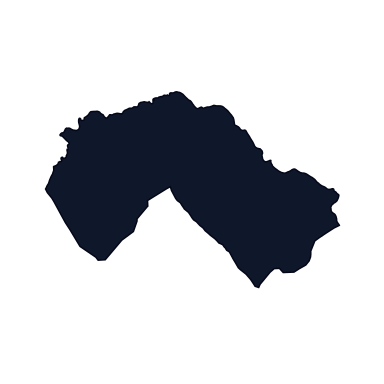 the district of Vermaul, Shefa, Vanuatu, rotated 149°
{"feature_id": "77236927B21234024058134", "entity_name": "Vermaul", "entity_type": "district", "adm_level": 2, "iso_a3": "VUT", "parent_name": "Vanuatu", "parent_adm1": "Shefa", "projection": "orthographic", "projection_center": [168.197, -16.741], "detail": "fine", "context": "isolated", "style": "filled", "palette": "ink", "viewbox_px": 384, "rotation_deg": 149, "n_neighbors": 0, "source": "geoboundaries", "source_scale": "gbopen_adm2", "svg_char_len": 6012}
<svg xmlns="http://www.w3.org/2000/svg" viewBox="0 0 384 384"><g transform="rotate(149 192 192)"><path d="M307.6,181.9L301.3,178.6L276.9,186.9L262.6,188.3L254.2,195.3L252.9,197.3L237.5,202.6L237.2,202.6L234.5,207.6L211.9,207.9L207.8,207.7L208.8,203.9L209.3,194.9L209.0,192.2L207.5,188.7L207.5,185.7L207.3,182.7L207.3,181.4L205.5,176.3L205.3,172.3L205.3,170.2L205.0,167.3L203.5,164.2L202.5,159.3L201.7,157.3L201.0,155.3L200.7,152.1L199.3,148.1L198.5,145.3L196.5,140.3L195.8,137.6L195.2,134.3L194.0,132.8L192.8,130.9L192.8,130.3L192.7,128.4L192.3,127.1L192.3,124.2L190.8,121.4L191.2,113.1L191.2,108.5L191.3,103.2L190.5,100.4L188.0,93.8L186.8,87.0L186.5,80.8L186.5,78.7L184.0,75.8L181.2,77.8L166.5,83.0L161.0,84.0L156.4,81.5L155.3,76.0L145.8,70.8L139.6,71.0L132.1,70.8L127.1,72.6L123.9,75.2L122.2,77.5L120.6,80.2L111.9,86.8L106.4,87.3L98.5,87.7L88.7,88.0L82.9,87.5L82.8,88.2L83.0,89.8L83.0,91.0L83.0,92.3L82.6,93.2L81.9,94.4L81.2,96.7L81.0,98.3L81.2,99.8L81.6,100.4L81.9,101.2L82.3,102.3L82.5,103.1L82.5,103.9L82.1,104.9L81.5,106.0L81.2,107.1L80.5,107.8L78.9,108.8L77.7,109.2L77.0,109.1L76.5,109.6L76.0,109.6L75.5,109.3L73.6,109.5L72.3,109.8L70.3,111.1L68.9,112.3L67.9,113.4L67.7,114.3L68.2,115.2L68.6,116.4L68.6,117.4L68.9,118.2L69.4,119.2L69.7,120.2L69.3,120.8L69.1,121.4L69.4,122.1L70.1,122.6L71.1,122.8L72.6,123.3L74.0,124.2L74.8,125.4L75.1,126.6L75.7,127.9L76.4,128.9L77.5,130.4L78.3,132.0L78.9,133.6L79.0,134.5L79.5,135.2L79.7,135.9L79.9,136.9L80.3,139.5L80.9,141.0L81.5,142.5L82.3,143.8L83.1,145.3L84.0,147.3L85.0,149.1L86.4,150.6L87.3,151.1L88.1,151.8L89.2,152.9L89.8,154.1L90.5,155.4L91.1,156.9L91.7,158.2L92.2,158.8L92.8,159.2L94.0,159.5L94.8,159.6L95.6,159.5L96.5,159.4L98.6,159.6L99.8,159.9L101.6,160.0L103.0,160.5L103.8,161.2L105.4,162.8L107.1,165.6L107.6,167.1L108.1,168.2L108.8,169.9L109.3,171.6L109.6,172.8L109.3,174.0L109.4,174.6L109.2,176.5L108.7,177.7L108.2,178.4L108.5,178.8L109.3,179.0L110.5,179.1L111.8,179.4L113.0,179.7L113.9,180.5L114.4,181.7L114.5,183.3L114.3,184.4L113.9,185.3L113.5,186.6L113.0,187.7L112.3,188.3L111.6,188.8L111.1,189.9L110.8,191.1L111.1,192.7L111.5,194.1L112.1,194.4L112.6,195.0L113.8,196.2L114.5,197.7L114.7,199.2L114.5,200.4L114.3,202.2L114.2,203.7L114.3,208.0L114.2,210.1L114.4,213.7L114.3,215.6L114.3,217.1L114.9,217.9L115.9,218.3L116.8,218.6L117.8,219.6L118.3,220.9L118.3,222.3L118.7,223.9L119.2,224.8L119.7,225.7L120.6,226.9L120.8,227.9L120.2,229.3L119.8,230.3L119.5,231.0L118.9,232.5L118.4,234.4L118.5,235.5L118.6,237.6L119.0,239.6L119.2,241.0L119.5,243.1L120.1,245.0L120.8,246.8L121.3,248.5L122.0,249.8L123.0,250.9L124.8,252.1L126.4,253.0L127.2,253.7L127.7,254.2L128.6,255.0L129.6,255.2L131.1,255.4L133.6,256.0L134.4,256.6L135.0,256.9L135.9,257.2L137.2,257.5L137.5,257.6L138.3,257.6L139.2,258.0L139.6,258.7L140.1,259.8L140.7,260.1L141.6,260.2L142.5,260.3L143.4,260.3L144.1,260.5L144.9,261.0L145.3,262.1L145.6,263.3L145.9,264.6L145.9,265.7L146.1,266.9L146.1,268.6L146.2,269.9L146.5,271.1L147.0,271.9L147.2,272.0L147.7,273.2L148.0,274.4L148.6,276.4L149.1,278.6L149.4,280.2L150.1,281.7L150.7,282.8L151.3,283.7L152.4,284.6L153.4,285.7L154.2,286.1L155.0,286.4L155.9,286.4L157.2,286.6L158.3,287.4L159.3,288.0L159.8,288.1L160.5,287.9L161.0,286.8L161.9,286.4L162.6,287.2L163.0,287.8L163.9,287.9L164.1,287.8L165.1,288.6L165.8,289.2L166.8,289.4L167.9,289.1L168.6,289.0L168.8,289.4L169.4,289.8L169.9,289.9L171.5,290.4L171.9,290.3L172.7,290.1L173.9,290.9L175.1,291.5L176.0,291.6L176.9,291.7L177.3,291.6L177.2,290.8L177.3,290.2L178.0,290.2L178.3,290.6L178.8,289.6L179.4,288.6L180.1,288.1L180.8,288.2L181.5,288.9L182.0,289.9L182.1,290.9L182.3,291.5L182.9,291.3L183.4,291.4L184.4,292.1L185.5,293.0L186.4,293.9L187.7,294.4L189.0,294.8L189.8,295.2L191.0,295.2L191.8,295.2L192.4,294.7L193.2,294.0L194.0,293.4L194.8,293.1L195.6,293.4L197.2,294.5L198.1,294.9L198.9,294.8L200.0,294.7L200.6,294.9L201.4,295.4L202.1,295.8L202.7,296.1L204.3,296.2L205.7,296.3L207.5,296.6L209.2,296.3L209.9,296.0L210.2,295.8L210.6,295.2L211.3,295.0L211.9,295.4L212.4,295.2L212.7,295.6L214.5,297.2L215.0,297.5L215.4,297.9L216.3,298.3L217.0,298.5L218.2,298.8L218.8,299.1L219.5,299.1L220.4,299.1L220.8,299.2L221.5,299.7L221.9,300.1L222.7,300.6L223.3,300.4L224.0,300.1L224.7,299.9L225.5,299.5L227.1,299.3L227.7,299.7L228.0,300.5L228.4,301.5L228.5,302.4L228.4,302.8L228.4,303.5L228.5,304.1L229.1,305.0L229.6,305.9L229.9,306.7L230.0,307.9L230.6,308.9L231.5,309.9L232.5,310.5L233.3,310.8L233.9,311.2L234.8,311.7L235.8,312.2L236.6,312.6L237.3,312.9L237.9,312.9L239.7,312.3L240.3,311.8L241.3,311.5L242.5,311.3L243.5,311.1L244.5,311.1L245.3,311.1L245.8,311.1L246.2,311.0L246.6,310.5L246.7,310.1L246.9,309.7L247.8,309.4L248.7,309.6L249.5,310.0L250.0,310.3L250.2,311.2L249.8,311.8L249.9,312.6L250.6,313.2L251.6,312.7L252.5,311.5L253.2,310.2L253.5,309.3L253.9,307.9L254.3,306.7L254.6,306.0L255.3,305.2L256.1,304.5L257.0,304.1L258.7,304.0L259.9,304.6L260.7,305.3L261.7,306.0L262.5,307.0L263.2,308.1L263.7,309.2L264.5,310.1L265.9,310.8L266.7,311.4L268.0,311.2L270.2,309.7L271.2,309.2L272.4,309.3L273.3,309.7L274.3,309.6L275.7,309.0L275.9,308.6L275.8,308.0L275.0,307.4L274.3,306.2L273.9,304.5L273.5,302.8L273.1,301.0L272.7,299.8L272.3,298.8L272.1,298.5L272.2,297.8L272.2,297.2L272.3,296.6L273.0,296.4L273.9,296.4L274.7,296.0L275.1,295.3L275.4,294.1L276.0,292.7L276.5,292.3L276.8,292.2L277.2,292.7L277.8,291.9L278.1,290.8L278.5,289.9L279.3,288.9L280.4,288.2L281.3,287.6L281.6,286.9L282.2,286.6L283.0,286.5L283.7,286.6L284.4,286.8L285.0,287.1L285.3,287.6L285.0,288.1L285.1,288.5L286.0,288.8L286.8,288.5L287.3,287.6L287.1,287.1L287.3,286.3L287.8,285.6L288.5,285.6L289.3,286.1L290.0,286.0L291.1,286.3L291.8,285.5L292.9,284.9L294.3,284.7L295.2,284.7L296.9,285.0L297.2,285.1L297.6,285.0L298.0,284.3L298.9,282.5L299.7,281.4L300.9,280.5L302.3,279.2L303.8,278.4L305.1,277.6L306.6,276.5L308.1,275.4L309.3,274.3L310.7,273.1L312.2,272.4L313.6,271.6L314.6,270.8L316.0,270.0L316.3,266.0L315.3,259.0L315.3,254.7L316.3,231.0L316.0,222.7L316.0,203.0L308.0,185.6L307.6,181.9Z" fill="#0f172a" stroke="#020617" stroke-width="1.5"/></g></svg>